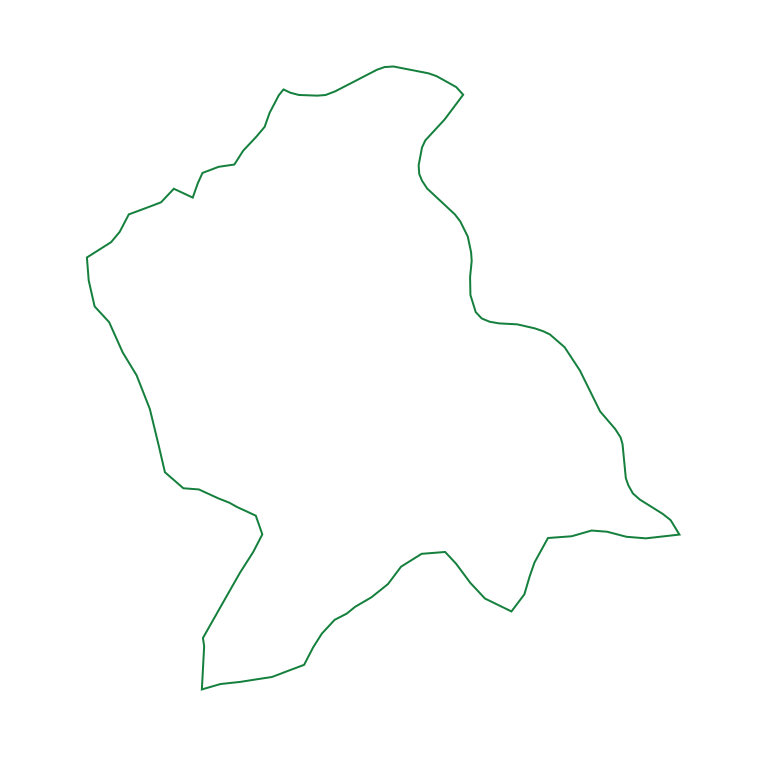 Nyongwon, P'yŏngan-namdo, North Korea, rotated 94°
{"feature_id": "82179303B95281313978448", "entity_name": "Nyongwon", "entity_type": "district", "adm_level": 2, "iso_a3": "PRK", "parent_name": "North Korea", "parent_adm1": "P'yŏngan-namdo", "projection": "albers", "projection_center": [126.614, 39.977], "detail": "fine", "context": "isolated", "style": "outline", "palette": "green", "viewbox_px": 768, "rotation_deg": 94, "n_neighbors": 0, "source": "geoboundaries", "source_scale": "gbopen_adm2", "svg_char_len": 1578}
<svg xmlns="http://www.w3.org/2000/svg" viewBox="0 0 768 768"><g transform="rotate(94 384 384)"><path d="M89.9,325.2L82.8,332.6L73.2,353.1L71.0,361.2L66.6,396.7L67.8,405.6L69.7,409.9L70.9,412.8L95.5,453.2L99.8,462.5L101.0,470.6L101.6,489.1L100.0,497.6L97.2,504.8L103.3,509.1L121.4,517.0L135.8,521.0L146.6,528.9L161.0,540.7L175.5,548.6L178.9,564.2L186.1,579.8L196.9,583.8L211.4,587.8L203.9,607.3L218.3,619.1L225.5,634.7L232.6,650.4L250.7,658.3L261.5,666.1L278.5,689.2L301.3,685.8L326.8,678.1L341.5,662.5L370.7,646.9L392.6,631.4L425.4,615.8L461.9,604.2L487.3,596.4L502.0,576.9L502.1,561.3L509.5,541.7L513.2,530.0L516.9,522.2L524.3,502.7L542.5,494.9L560.6,502.7L582.3,514.5L614.8,530.1L650.0,546.9L658.3,545.1L701.4,544.4L697.6,534.1L694.7,526.2L691.2,506.6L687.6,491.0L684.1,475.4L676.9,459.8L669.7,444.1L651.6,436.3L637.2,428.5L622.7,416.8L615.6,405.1L608.3,397.3L597.6,381.6L583.2,366.0L565.1,354.3L550.8,334.7L547.3,311.3L558.2,299.6L576.4,284.0L591.0,268.3L602.0,241.0L584.0,229.3L565.9,225.3L551.5,221.4L526.2,209.7L522.8,186.2L515.7,166.7L515.8,151.1L519.5,131.5L519.7,112.0L513.6,78.8L499.8,88.6L494.3,96.6L481.4,120.8L475.8,128.1L467.8,133.3L461.0,136.2L427.2,141.9L420.7,144.3L412.7,150.3L396.3,166.5L356.9,189.5L334.7,206.4L322.9,222.1L320.1,229.4L318.0,237.4L315.2,255.2L315.5,273.7L314.5,283.0L311.8,291.1L305.9,297.5L289.2,304.0L271.3,305.6L255.2,305.1L246.6,306.3L231.1,310.7L216.6,319.2L216.1,319.6L209.8,325.2L186.0,354.6L178.5,360.3L172.0,363.5L163.4,364.7L145.5,362.6L138.1,359.8L115.9,342.0L89.9,325.2Z" fill="none" stroke="#15803d" stroke-width="2"/></g></svg>